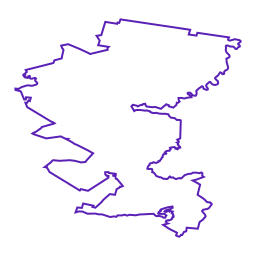 the district of Plāņu pag., Strencu, Latvia
{"feature_id": "27541924B27973755781373", "entity_name": "Plāņu pag.", "entity_type": "district", "adm_level": 2, "iso_a3": "LVA", "parent_name": "Latvia", "parent_adm1": "Strencu", "projection": "robinson", "projection_center": [25.864, 57.579], "detail": "fine", "context": "isolated", "style": "outline", "palette": "violet", "viewbox_px": 256, "rotation_deg": 0, "n_neighbors": 0, "source": "geoboundaries", "source_scale": "gbopen_adm2", "svg_char_len": 5836}
<svg xmlns="http://www.w3.org/2000/svg" viewBox="0 0 256 256"><path d="M201.3,172.5L199.4,173.2L196.7,172.7L192.9,172.7L191.3,173.7L188.5,173.9L184.8,175.1L181.7,178.0L180.8,178.5L179.9,178.0L179.0,178.3L178.2,178.3L176.0,179.1L173.5,177.9L173.0,177.4L171.1,177.6L170.1,176.5L169.7,176.5L168.9,177.3L168.8,177.6L167.4,178.9L166.7,179.1L165.1,178.7L163.8,178.9L160.8,177.3L159.5,177.2L156.2,175.9L155.7,175.3L155.5,174.7L154.0,172.8L152.3,172.2L152.6,171.6L152.3,171.2L152.3,170.0L152.0,169.1L151.3,168.9L148.4,169.0L147.4,168.8L147.4,168.2L148.3,166.0L149.6,165.0L149.5,164.1L150.2,163.3L152.3,163.0L153.4,162.2L155.1,162.8L156.2,162.9L158.4,162.0L158.4,161.2L159.9,160.9L160.5,159.7L161.2,159.2L161.7,157.7L162.6,157.3L162.6,156.1L163.3,155.1L163.2,154.6L164.6,153.7L165.8,153.9L166.2,153.7L166.3,153.5L165.8,152.9L164.9,152.5L165.3,151.9L166.4,151.1L168.4,150.7L169.5,150.8L169.9,149.9L170.6,149.3L170.5,148.5L169.9,147.9L170.1,147.7L174.4,147.0L175.2,147.6L175.5,148.3L175.4,148.6L177.6,149.3L178.0,148.8L177.7,148.1L179.0,148.1L179.6,147.7L180.2,147.6L179.9,146.7L178.8,146.1L178.6,145.1L177.8,144.7L178.0,144.1L177.8,143.7L178.2,143.0L177.3,142.5L178.7,142.1L178.7,141.2L177.3,139.7L180.2,138.4L180.8,120.4L179.4,119.9L176.9,120.0L174.6,118.1L171.0,117.7L169.0,115.8L168.4,114.3L165.4,113.8L161.9,113.8L158.7,113.5L156.1,112.8L154.2,113.1L151.6,112.7L151.4,112.3L150.3,112.1L149.8,111.2L146.5,110.4L145.5,110.7L140.4,110.0L136.3,110.0L134.2,111.0L133.9,110.0L133.6,110.0L131.4,106.4L132.8,104.8L136.8,105.7L137.6,106.4L140.5,105.1L142.4,104.9L142.9,104.1L145.2,103.8L145.7,105.5L146.6,106.5L152.1,107.2L155.3,107.0L161.0,108.8L164.6,105.6L165.2,105.4L166.2,104.3L168.9,105.3L168.8,106.3L173.3,107.6L176.4,104.9L176.8,102.7L178.0,102.8L179.5,101.6L179.2,101.4L178.7,99.9L178.5,98.0L181.6,97.9L184.2,98.5L187.1,97.7L191.5,97.2L191.3,96.4L190.9,96.0L187.9,94.0L187.6,93.5L187.7,93.0L188.2,92.7L189.0,92.6L190.5,92.9L192.2,94.7L193.3,95.5L194.7,95.7L195.9,95.6L196.6,94.0L196.6,92.6L196.3,91.8L196.4,90.8L198.4,88.8L201.9,86.3L202.4,86.3L202.9,86.7L203.2,87.2L203.3,88.2L203.9,88.9L206.5,89.9L207.7,89.5L207.9,89.1L207.7,88.2L206.6,86.9L206.1,85.6L206.7,84.4L209.4,82.0L210.1,81.9L210.4,82.1L211.7,83.8L213.3,84.7L215.3,85.0L217.6,84.2L218.2,83.2L217.9,81.3L215.2,78.7L215.1,78.0L215.3,77.6L218.1,75.4L220.1,72.4L221.6,72.8L221.8,73.4L222.5,74.1L223.8,74.0L224.2,73.5L224.1,72.4L224.3,71.6L225.2,70.6L227.3,69.6L227.8,68.8L228.2,67.7L226.7,62.2L226.4,58.7L228.9,57.5L229.5,56.9L229.6,56.2L229.4,55.3L226.8,52.7L226.1,51.5L225.7,49.7L226.1,48.1L225.8,46.1L226.2,45.6L227.7,45.5L230.1,46.5L232.9,46.6L233.7,46.9L235.7,49.0L236.5,49.0L237.1,48.6L238.0,47.4L239.8,46.5L239.9,46.1L239.5,45.3L238.3,44.4L238.1,43.9L238.3,43.5L238.7,43.1L240.6,41.8L240.6,41.0L239.6,40.2L234.9,39.2L229.9,40.6L229.2,40.5L228.2,39.9L228.1,39.2L229.0,37.4L197.4,32.8L196.5,35.6L188.7,34.5L190.2,29.8L120.5,19.4L119.2,22.9L117.5,22.6L117.2,23.8L105.3,21.9L101.3,35.1L96.6,35.8L99.7,40.7L98.2,45.2L108.7,46.9L107.6,48.0L107.4,48.9L107.6,49.8L90.0,54.0L89.2,53.4L80.0,49.1L68.2,44.2L61.2,45.6L62.2,48.3L62.8,48.7L63.5,50.1L62.2,55.5L61.7,58.4L54.5,60.3L54.2,60.6L54.0,61.7L53.3,63.0L25.7,70.0L26.8,71.9L25.4,73.0L25.2,73.7L25.3,74.2L23.5,74.4L23.3,75.4L24.3,76.6L25.1,76.2L25.7,76.8L25.3,77.4L27.3,77.9L28.4,77.7L28.2,76.4L29.2,75.9L29.9,76.2L29.8,77.3L30.1,78.3L30.5,78.6L31.9,78.7L34.8,77.9L35.7,78.3L36.0,78.6L35.2,79.7L35.1,80.4L35.7,81.3L37.2,82.8L37.3,83.4L36.9,84.1L36.2,84.6L32.5,85.7L31.3,85.8L28.6,85.3L26.3,85.6L21.4,87.2L18.5,88.9L15.4,88.6L15.4,89.8L15.5,90.0L19.8,91.0L20.9,91.6L24.1,99.4L25.8,99.5L26.0,97.3L30.8,97.7L29.9,101.0L28.6,100.4L27.1,102.8L25.4,102.7L27.2,107.1L51.0,121.5L53.6,122.6L54.6,123.3L54.0,123.6L41.8,127.0L41.1,128.1L35.6,132.0L33.4,132.8L32.4,133.5L34.2,134.4L46.3,138.4L60.8,136.4L64.9,138.5L67.5,138.9L66.6,139.3L71.2,141.7L75.2,144.3L76.6,144.7L87.0,149.9L93.1,153.3L86.8,160.1L85.5,161.8L85.2,161.9L85.2,162.0L81.0,162.4L74.8,160.8L69.9,160.2L59.6,160.8L53.1,160.2L51.7,161.2L51.2,162.1L44.7,167.1L46.9,167.3L46.8,167.8L47.6,168.5L49.5,172.0L79.8,190.5L80.8,189.1L88.0,190.8L108.4,177.7L108.5,176.0L107.1,176.1L106.6,175.7L106.7,175.4L106.0,175.2L105.2,174.2L105.2,172.2L108.4,172.1L108.8,172.4L108.9,173.0L113.9,173.6L113.2,175.7L114.1,175.9L114.7,173.7L115.7,173.9L115.5,174.6L115.8,175.1L115.3,176.2L115.8,178.7L117.0,179.0L122.8,186.0L120.7,187.0L120.0,186.7L119.1,187.8L116.7,189.1L115.0,194.8L109.8,194.1L103.7,199.5L100.9,202.7L95.4,207.7L92.6,207.0L93.4,205.7L83.2,203.5L81.9,207.9L77.3,207.5L75.6,212.4L78.9,211.4L82.7,211.6L87.4,213.7L95.6,213.6L98.2,214.3L102.2,214.4L110.1,217.0L114.0,216.4L116.4,216.8L116.7,216.6L117.5,215.4L122.1,215.4L124.6,214.7L127.1,215.6L129.4,214.8L135.7,215.3L139.5,214.5L153.6,213.8L154.5,214.8L156.3,216.1L159.5,216.0L162.2,216.7L163.3,217.6L165.1,217.7L166.4,215.4L165.1,214.6L164.7,213.9L158.7,213.9L158.2,213.6L158.6,212.2L160.6,211.3L161.0,210.6L160.3,210.2L161.2,209.3L166.9,207.5L172.4,206.5L172.7,207.7L170.7,209.0L165.6,210.4L164.6,211.5L165.8,212.0L168.5,210.9L169.7,211.7L170.3,211.0L172.8,211.6L172.0,212.7L171.8,213.3L172.9,213.9L172.9,214.3L173.5,215.5L172.8,216.3L173.5,216.9L171.8,218.3L172.0,218.9L171.1,219.6L169.0,220.4L168.9,220.2L168.1,220.2L166.2,220.7L165.8,221.8L166.4,222.0L167.0,223.2L167.8,223.5L163.2,224.9L169.7,229.1L177.0,232.7L176.1,235.4L178.0,236.4L179.4,236.6L179.9,236.3L180.9,234.9L182.2,235.0L184.0,231.9L186.2,231.3L186.7,227.7L197.8,228.7L199.6,222.0L203.2,219.4L203.8,218.2L204.5,217.9L205.6,216.4L205.6,215.9L204.7,214.2L202.4,211.6L202.1,211.0L203.1,209.8L207.3,208.9L208.8,208.2L211.7,204.4L211.6,203.6L210.1,202.7L210.0,202.3L208.0,202.3L206.6,201.8L205.2,200.1L202.9,198.2L197.6,194.8L200.1,184.6L192.7,180.5L196.4,179.6L203.7,176.9L202.7,176.3L202.2,175.6L202.4,173.3L201.3,172.5Z" fill="none" stroke="#5b21b6" stroke-width="2"/></svg>